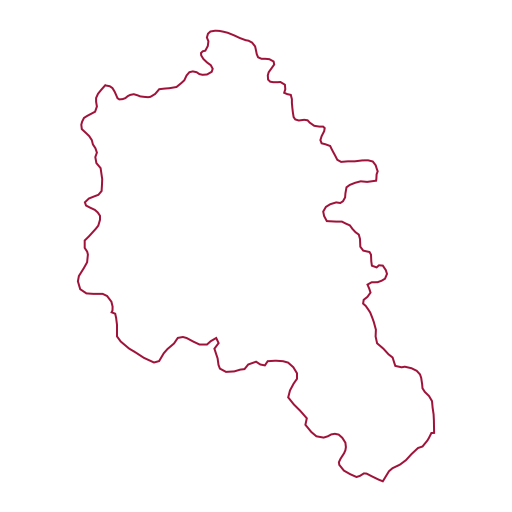 Vawkavysk, Grodno, Belarus
{"feature_id": "67162791B87198261111694", "entity_name": "Vawkavysk", "entity_type": "district", "adm_level": 2, "iso_a3": "BLR", "parent_name": "Belarus", "parent_adm1": "Grodno", "projection": "orthographic", "projection_center": [24.403, 53.18], "detail": "fine", "context": "isolated", "style": "outline", "palette": "rose", "viewbox_px": 512, "rotation_deg": 0, "n_neighbors": 0, "source": "geoboundaries", "source_scale": "gbopen_adm2", "svg_char_len": 3939}
<svg xmlns="http://www.w3.org/2000/svg" viewBox="0 0 512 512"><path d="M376.1,180.7L376.4,178.3L376.6,174.3L377.7,171.3L376.8,168.9L375.7,165.3L372.8,161.5L368.0,160.3L362.4,160.4L355.0,161.3L348.2,161.3L341.1,161.9L337.3,159.8L335.2,155.7L333.4,152.4L331.4,148.6L330.2,146.0L325.2,144.2L321.6,143.3L320.4,140.1L321.6,136.2L324.2,131.1L324.7,128.1L323.1,126.6L319.4,126.6L314.2,125.8L309.7,122.6L307.6,120.3L304.2,119.8L298.8,120.5L295.2,119.4L293.6,117.0L292.9,112.6L292.3,107.5L291.9,103.0L291.9,99.2L290.8,94.9L287.2,94.1L284.2,92.8L285.3,89.2L284.9,84.7L280.4,82.0L277.6,82.2L273.4,82.2L270.2,81.7L268.1,79.6L267.8,75.4L268.7,72.2L271.3,68.6L274.2,64.5L273.6,61.5L269.4,59.2L265.3,58.8L261.5,58.8L258.1,57.3L256.8,54.3L255.7,49.0L255.1,46.4L252.1,42.6L248.5,40.7L245.7,40.2L240.0,38.1L234.2,35.4L227.8,32.8L223.4,31.7L219.3,30.9L215.2,30.7L210.4,31.5L208.0,33.7L206.9,37.5L208.4,41.3L207.8,46.0L205.3,50.7L202.7,51.3L201.0,53.0L201.2,55.4L203.4,59.0L207.2,62.6L210.8,65.2L212.7,68.8L211.7,71.8L207.0,74.5L202.5,74.8L199.4,74.1L196.6,72.2L192.8,71.4L189.4,72.2L186.6,75.4L184.3,80.3L181.5,82.9L176.5,87.0L169.4,88.2L164.4,88.6L159.2,89.2L157.7,91.0L155.1,94.0L150.5,96.8L148.1,97.2L144.5,96.9L140.2,96.4L137.8,95.4L133.8,94.2L130.2,94.9L127.8,96.1L125.4,98.1L122.7,99.1L119.3,99.4L117.5,98.2L116.0,94.7L114.6,91.6L112.4,88.0L109.7,86.2L105.3,85.4L105.2,85.3L100.9,90.2L98.0,93.8L96.1,98.0L96.1,101.7L96.9,106.5L95.1,111.7L90.4,114.2L87.2,115.9L84.0,117.9L82.1,121.7L81.3,124.7L81.8,129.1L86.0,133.0L89.2,136.1L91.8,140.1L92.9,144.4L95.4,148.2L96.9,152.6L95.3,157.1L96.4,163.1L100.6,168.1L102.2,179.1L102.0,184.5L101.6,191.0L98.4,194.8L94.2,196.4L88.9,198.5L84.9,202.3L86.0,205.5L90.0,207.6L94.9,209.9L97.7,212.4L100.0,215.8L100.0,219.8L98.3,225.6L95.8,228.8L91.8,233.2L88.9,236.4L84.7,240.5L84.7,247.9L87.2,251.7L87.9,254.6L87.1,262.3L83.9,268.0L78.9,276.0L77.9,281.3L80.2,289.2L86.4,293.4L93.8,293.9L102.7,293.9L107.1,296.0L111.4,301.7L112.6,306.6L112.5,310.4L111.6,312.3L115.2,313.7L116.1,317.8L117.0,324.8L117.0,330.8L117.0,336.4L120.7,341.5L129.0,348.5L136.0,352.7L143.8,357.8L154.0,362.5L159.1,361.1L163.8,353.2L167.5,349.0L174.0,343.5L177.8,337.9L182.9,337.0L186.6,338.0L193.5,341.7L199.5,344.5L204.6,344.5L207.0,344.5L210.7,341.2L216.2,338.0L218.6,343.1L214.4,348.7L217.6,358.4L218.5,364.9L219.9,368.6L226.0,371.9L234.3,371.4L240.3,369.6L244.5,369.1L248.2,364.5L256.1,361.7L260.3,364.5L264.9,365.4L267.7,361.2L275.6,360.7L283.0,361.2L288.1,362.6L293.3,367.2L297.0,373.3L297.0,378.8L293.7,383.5L290.0,390.4L288.2,397.4L293.8,404.4L300.3,410.9L306.8,418.3L305.4,424.8L311.3,432.0L316.4,436.3L323.6,437.6L327.8,436.3L331.3,434.4L334.9,433.8L338.7,434.6L342.3,437.8L345.4,442.7L345.9,447.1L345.4,450.2L344.1,453.2L340.6,458.6L338.9,462.2L339.3,464.9L343.9,470.6L350.2,474.2L356.5,477.0L359.9,475.9L363.9,473.4L366.6,473.6L371.6,476.2L378.6,479.6L382.8,481.3L389.0,471.2L392.5,468.2L400.0,464.6L406.0,460.1L411.5,454.1L418.0,448.0L422.5,446.5L427.4,440.5L428.9,438.0L431.4,433.0L434.1,432.9L433.9,420.4L433.6,414.4L432.6,407.6L432.0,401.1L429.0,396.0L424.8,391.9L422.5,388.3L422.1,383.9L421.2,377.9L420.0,374.4L416.7,370.8L411.4,368.2L404.8,366.7L401.6,367.3L395.3,365.9L394.4,363.2L392.6,357.5L388.5,354.3L383.4,348.7L377.1,343.3L375.6,336.5L375.9,329.7L373.8,322.0L372.3,317.8L370.2,312.5L368.1,309.3L365.8,306.0L363.1,303.6L363.7,299.8L367.5,296.8L370.5,292.6L369.3,288.8L367.5,284.6L371.6,282.3L377.6,282.2L381.7,280.7L385.0,278.7L387.0,273.9L385.8,270.1L382.8,265.6L379.0,265.3L376.6,267.4L371.9,265.7L371.3,261.5L371.0,254.7L369.5,252.0L367.1,251.5L363.2,250.6L360.3,246.7L360.0,239.0L358.8,234.6L355.5,232.2L352.5,229.0L349.9,225.4L345.4,223.4L341.9,221.6L336.2,221.6L326.8,221.1L324.1,216.0L323.2,211.6L325.9,206.9L330.3,204.2L336.2,202.4L340.3,203.0L343.0,201.2L345.1,197.4L345.4,193.5L346.5,187.3L349.8,184.9L355.1,182.8L360.7,181.3L367.2,181.9L376.0,180.7L376.1,180.7Z" fill="none" stroke="#9f1239" stroke-width="2"/></svg>